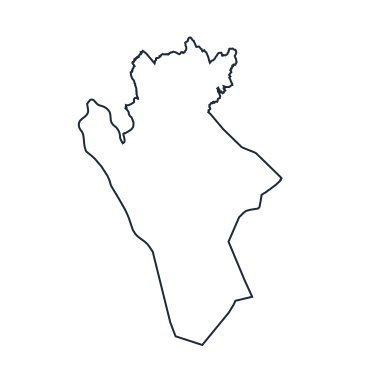 outline of Pak Phayun, Thailand, rotated 163°
{"feature_id": "78962969B11812729202220", "entity_name": "Pak Phayun", "entity_type": "district", "adm_level": 2, "iso_a3": "THA", "parent_name": "Thailand", "parent_adm1": "", "projection": "equal_earth", "projection_center": [100.293, 7.38], "detail": "fine", "context": "isolated", "style": "outline", "palette": "slate", "viewbox_px": 384, "rotation_deg": 163, "n_neighbors": 0, "source": "geoboundaries", "source_scale": "gbopen_adm2", "svg_char_len": 6146}
<svg xmlns="http://www.w3.org/2000/svg" viewBox="0 0 384 384"><g transform="rotate(163 192 192)"><path d="M102.5,179.5L119.3,210.2L120.5,211.5L130.1,219.2L130.7,219.7L131.6,220.8L143.8,243.0L151.3,260.6L151.8,261.6L153.1,263.5L152.4,264.0L152.4,264.9L152.3,265.3L151.5,265.4L150.9,265.9L150.3,266.0L150.1,266.7L150.1,267.0L150.2,267.9L150.5,268.2L150.6,268.5L150.3,269.1L149.9,269.4L149.8,270.3L148.9,270.5L147.9,271.2L147.5,271.6L147.1,271.5L146.7,271.0L145.9,271.7L145.5,271.0L144.7,270.8L144.5,271.8L143.6,271.4L142.6,271.4L141.6,270.9L140.7,272.0L140.5,272.6L140.1,273.4L139.7,273.6L138.7,273.6L137.9,273.8L137.8,274.2L137.4,274.6L137.1,275.1L137.0,276.0L137.2,277.5L137.0,277.9L137.3,279.0L137.5,279.8L137.8,280.2L137.8,281.0L137.1,282.4L137.6,283.6L136.5,284.1L136.0,281.7L136.2,281.4L136.0,280.6L135.7,280.1L135.6,279.1L134.8,279.5L134.0,277.6L132.5,278.4L132.4,278.1L132.0,278.5L131.5,279.2L131.4,278.9L130.8,279.3L130.9,279.6L130.7,279.6L131.4,281.3L130.6,281.4L130.9,282.7L130.7,282.8L130.7,283.9L128.9,282.5L126.1,281.6L125.3,281.6L123.3,282.5L122.1,282.5L122.0,283.8L122.1,284.8L122.4,285.5L122.5,288.3L122.9,290.5L121.5,291.2L121.8,291.8L122.2,292.4L122.2,293.2L121.3,293.7L120.7,294.2L120.4,294.6L119.4,295.0L119.4,295.8L119.2,296.1L119.8,297.2L118.8,298.0L118.7,298.4L118.4,298.7L118.3,298.9L118.0,299.0L117.8,298.8L117.6,299.1L117.3,299.2L117.1,299.6L116.9,299.8L116.9,300.4L116.6,301.0L116.4,301.1L115.8,300.7L115.4,301.5L115.0,301.7L114.3,301.6L113.7,301.0L113.3,301.0L112.6,302.1L112.0,302.4L111.4,303.0L111.3,303.6L111.3,304.9L111.0,306.3L111.4,308.7L111.3,309.6L109.8,311.1L108.8,312.7L108.7,313.3L108.8,314.9L108.9,315.2L109.9,315.6L111.2,317.3L111.4,317.4L112.1,317.3L113.4,317.9L114.4,318.0L115.0,316.9L115.6,316.4L115.9,315.4L117.1,314.6L117.8,313.5L120.2,312.9L121.8,313.8L122.1,313.7L122.6,313.3L123.2,313.4L123.4,314.0L123.2,314.9L123.2,316.5L123.5,316.7L125.2,317.1L126.2,317.0L126.7,316.8L128.1,315.5L129.9,314.2L131.1,312.9L132.7,312.1L133.2,311.7L134.9,311.8L137.1,310.3L137.2,311.5L137.0,316.2L137.4,320.4L137.7,321.6L138.4,322.4L138.9,324.1L139.5,323.8L140.9,323.4L141.0,323.9L141.1,325.9L141.5,326.1L142.7,329.0L143.0,329.2L145.2,329.3L145.5,329.6L145.8,332.8L145.8,333.3L146.0,333.9L146.2,335.3L146.1,336.1L146.7,336.4L147.1,337.1L147.4,338.4L147.6,338.7L147.6,338.9L147.9,339.4L148.1,340.1L149.5,340.4L150.1,340.2L150.6,339.9L150.9,339.0L151.4,338.8L151.9,337.6L152.5,337.4L154.8,336.9L154.9,336.6L155.0,335.1L155.4,333.8L155.1,332.3L155.3,331.6L155.8,330.1L156.2,329.6L157.7,328.6L158.2,327.9L158.7,328.0L159.0,327.6L159.8,327.5L160.5,328.6L161.1,328.6L161.4,328.9L162.3,328.0L163.7,327.5L164.5,327.9L166.1,329.8L168.0,331.1L168.7,331.4L169.0,331.7L169.8,331.4L170.0,331.5L170.8,331.5L171.1,331.7L172.0,331.3L172.5,331.4L173.1,331.2L173.4,330.9L173.7,330.7L174.0,330.9L174.5,330.5L174.8,330.8L175.4,330.8L175.7,331.2L176.2,331.1L176.8,331.4L177.1,331.3L177.8,331.7L178.6,331.8L179.5,332.4L179.8,332.5L181.4,332.0L182.0,331.6L182.5,330.9L183.4,331.4L183.9,330.3L185.4,330.1L186.2,330.3L186.7,330.6L187.0,330.5L187.4,330.2L187.9,328.7L189.5,327.8L189.5,327.1L190.2,325.9L195.1,337.5L195.9,338.8L197.8,341.3L198.2,340.9L198.6,340.9L198.9,340.7L199.4,340.8L199.6,340.4L199.1,340.1L199.2,339.9L199.7,339.7L200.2,340.2L200.3,339.4L200.7,338.6L200.9,338.6L201.2,338.8L201.7,338.9L202.3,338.3L203.1,337.7L203.2,337.0L203.5,336.9L203.7,336.6L203.8,336.6L204.0,336.9L204.3,336.7L204.4,337.1L204.5,337.2L205.0,337.0L205.2,336.6L205.5,336.8L205.7,336.5L206.0,336.5L206.4,336.1L206.8,336.4L207.3,336.2L207.3,335.4L208.1,335.6L208.1,335.3L207.9,335.0L208.0,334.8L208.4,334.7L208.7,335.0L208.9,334.9L209.1,333.8L209.6,333.5L210.3,333.4L210.6,333.6L210.9,333.5L211.2,333.0L211.3,332.5L211.1,332.2L211.1,331.7L210.5,330.7L210.5,330.1L210.1,329.1L210.4,329.0L210.8,329.2L212.0,327.5L212.3,327.4L212.5,327.1L213.1,326.9L213.2,326.5L213.3,326.0L213.5,325.3L213.9,325.3L214.2,324.7L214.5,325.0L215.0,324.5L215.7,324.3L216.0,322.2L216.3,321.8L216.2,321.2L216.1,318.3L215.2,316.2L214.9,315.1L215.0,314.2L214.9,313.6L215.1,312.7L214.7,312.0L215.2,310.8L215.0,310.0L215.1,309.2L215.0,308.7L215.0,307.2L215.5,305.6L215.5,304.7L215.8,304.5L215.7,303.8L216.0,303.2L216.0,302.6L216.4,302.3L216.4,299.2L216.2,297.8L216.4,297.0L216.9,297.3L217.6,298.4L219.2,298.6L219.7,298.3L220.5,297.5L220.6,297.1L220.6,296.5L220.8,296.3L221.1,295.0L221.5,294.7L223.2,294.3L224.3,293.9L227.1,293.6L229.3,294.0L229.8,294.4L230.1,293.1L230.0,292.6L230.4,292.6L230.3,292.1L230.5,292.2L231.2,291.5L229.9,289.2L229.4,287.7L229.2,286.7L229.5,285.7L229.5,285.0L229.3,283.3L229.1,282.8L228.1,281.3L228.0,280.8L227.7,277.9L227.8,276.8L227.6,276.2L227.6,275.7L228.2,273.8L229.0,271.9L229.2,271.5L230.5,270.4L232.0,269.5L235.6,268.4L238.8,267.7L239.5,268.1L240.2,268.0L240.6,267.8L240.9,266.6L240.9,264.2L241.2,261.8L241.6,260.4L242.1,259.6L243.5,258.9L244.0,258.8L244.9,263.1L244.9,264.6L244.2,268.0L244.1,269.8L244.3,271.9L244.6,273.3L245.5,275.7L246.8,277.7L247.9,279.6L248.6,281.6L248.7,282.7L248.7,284.2L247.5,289.8L247.4,292.6L247.7,293.7L248.7,296.0L249.6,297.4L251.3,299.2L252.9,300.5L254.9,301.7L256.4,303.1L257.3,304.5L258.8,307.8L259.4,308.9L260.5,309.6L261.7,309.9L262.3,309.8L262.9,309.6L265.0,308.0L266.5,307.0L267.4,300.8L267.8,299.3L268.5,298.1L270.0,296.7L272.1,295.5L275.6,294.2L278.2,292.9L279.0,292.2L280.0,290.8L280.5,289.6L280.9,288.2L280.9,286.0L280.5,284.0L279.6,281.8L279.3,280.0L279.3,279.0L279.6,276.3L281.1,269.0L281.4,266.7L281.5,263.1L281.4,262.1L281.1,261.4L277.3,255.8L275.2,252.2L271.1,242.7L268.1,232.1L267.5,227.0L267.6,222.7L267.4,220.9L264.6,209.9L261.1,194.6L260.4,189.4L260.0,185.3L259.7,173.2L259.2,171.2L258.4,168.4L257.2,165.9L254.5,162.0L252.1,158.9L249.7,154.9L248.7,152.0L247.0,146.3L250.9,73.6L249.9,58.8L226.9,42.7L192.1,65.9L185.3,71.9L182.3,75.3L165.1,74.2L167.5,92.5L171.6,133.8L154.3,154.1L148.2,157.3L145.6,158.1L141.8,158.0L134.6,157.0L133.4,157.0L133.0,157.2L132.1,157.7L131.3,158.9L128.9,163.5L126.3,168.9L124.5,169.5L121.3,170.2L118.0,171.5L116.5,171.8L115.2,172.4L109.9,174.3L104.1,177.1L103.8,177.3L103.9,177.8L102.5,178.7L102.7,179.3L102.5,179.5Z" fill="none" stroke="#1e293b" stroke-width="2"/></g></svg>